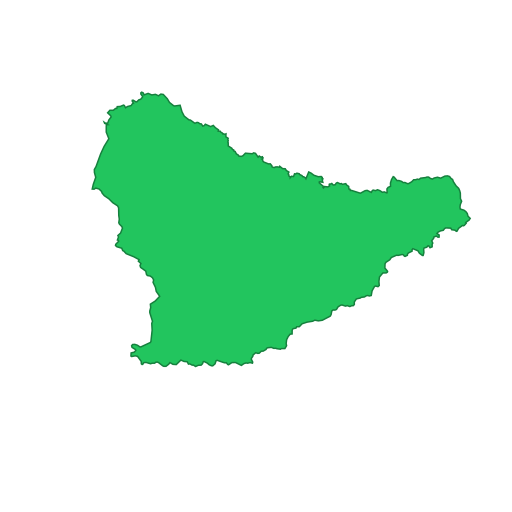 Gile, Zambezia, Mozambique (Natural Earth projection), rotated 110°
{"feature_id": "85939544B5310870224650", "entity_name": "Gile", "entity_type": "district", "adm_level": 2, "iso_a3": "MOZ", "parent_name": "Mozambique", "parent_adm1": "Zambezia", "projection": "natural_earth1", "projection_center": [38.293, -15.881], "detail": "fine", "context": "isolated", "style": "filled", "palette": "green", "viewbox_px": 512, "rotation_deg": 110, "n_neighbors": 0, "source": "geoboundaries", "source_scale": "gbopen_adm2", "svg_char_len": 6107}
<svg xmlns="http://www.w3.org/2000/svg" viewBox="0 0 512 512"><g transform="rotate(110 256 256)"><path d="M140.3,378.9L142.9,383.8L142.9,385.0L141.3,389.8L138.6,393.1L135.9,398.4L136.4,400.8L138.8,402.4L138.5,405.8L140.3,409.0L140.1,413.0L142.9,416.3L141.4,417.6L141.1,419.4L142.0,420.0L143.2,419.6L144.9,417.1L145.6,417.0L148.2,418.0L149.3,419.5L151.9,420.7L152.2,421.6L151.6,424.8L152.0,425.5L152.7,425.4L154.3,423.4L155.1,424.2L157.3,424.7L159.5,427.9L161.3,429.3L159.6,431.2L159.5,432.1L161.9,434.7L163.1,437.5L165.0,437.3L165.4,438.5L167.9,439.9L169.0,443.1L172.2,444.4L173.9,440.5L174.9,439.7L178.5,440.8L181.9,440.8L182.7,442.9L182.3,444.3L183.1,443.6L183.4,440.5L183.8,441.3L184.7,441.3L190.8,439.1L196.1,434.4L205.0,436.2L213.3,436.9L226.7,436.9L230.0,437.5L232.8,436.4L236.9,433.5L244.2,433.4L249.1,432.8L248.6,431.0L247.0,429.8L246.7,426.5L248.1,423.3L249.6,422.0L251.2,419.2L252.6,413.7L254.9,408.8L256.2,403.2L257.7,401.6L264.9,398.8L268.1,397.1L271.7,396.3L272.7,395.3L274.3,392.0L275.6,391.0L280.8,391.1L284.0,392.8L285.1,391.7L288.4,391.7L288.4,390.6L289.2,390.1L293.0,391.8L294.2,391.6L294.9,389.9L294.6,384.8L296.5,383.1L296.6,381.9L298.2,378.8L298.5,370.6L299.4,364.6L301.1,364.8L302.4,361.6L304.7,361.7L306.2,360.5L307.9,354.4L310.8,352.6L311.5,351.4L311.0,348.5L311.8,345.9L313.5,344.0L316.0,343.7L319.8,339.8L323.4,337.6L326.8,332.7L332.8,335.3L337.4,338.8L340.5,337.3L344.0,337.0L345.6,336.4L352.8,330.9L355.0,330.9L361.3,328.2L372.3,325.5L373.4,325.7L380.8,333.1L381.1,334.1L380.4,336.9L380.5,339.7L381.4,341.7L382.9,342.2L384.3,341.2L385.1,337.4L385.7,336.6L387.9,337.4L389.8,340.2L392.8,339.3L393.0,338.5L391.1,335.3L390.8,333.0L394.3,327.8L396.5,326.9L396.9,326.0L396.6,325.4L394.9,325.1L394.3,324.4L393.6,322.8L393.3,318.2L392.2,316.8L391.4,314.6L390.1,313.8L389.4,312.4L389.5,311.1L391.1,306.1L391.2,304.9L390.5,302.9L387.5,301.0L385.6,300.4L386.2,297.0L385.3,293.8L379.5,291.0L379.7,287.5L378.9,284.5L380.7,282.5L380.0,281.2L380.4,278.7L379.9,277.5L380.5,275.0L378.4,272.8L377.3,270.2L375.5,269.4L373.3,269.4L372.9,268.8L373.3,265.1L374.2,262.9L374.4,260.4L374.0,259.1L371.3,257.6L368.0,257.7L367.3,256.8L367.2,250.3L367.0,248.5L366.4,247.4L367.6,245.5L367.6,244.6L364.4,242.2L363.1,238.8L363.8,232.3L361.3,230.6L359.9,228.8L359.6,227.2L358.2,225.2L357.9,222.7L356.8,222.8L354.6,225.1L353.5,225.3L351.6,224.7L350.0,224.9L347.0,223.2L346.9,221.0L346.2,219.7L343.7,218.5L342.9,216.7L340.4,214.6L339.3,214.5L338.3,213.8L336.6,210.3L336.7,207.7L335.9,205.7L336.0,204.8L335.2,201.1L334.4,200.6L333.1,197.2L329.8,196.6L328.0,197.7L324.2,198.6L320.6,198.2L317.8,197.2L316.9,195.4L313.5,196.6L312.2,196.6L311.4,196.0L310.1,193.8L308.6,193.6L307.6,191.1L303.9,189.5L300.7,185.4L297.9,180.4L296.2,178.8L295.6,175.2L293.7,171.7L287.0,165.6L285.2,165.4L281.7,166.0L280.3,165.0L279.8,163.3L278.7,162.1L275.7,161.5L273.3,159.6L272.6,158.4L272.5,154.8L271.4,153.2L271.4,150.5L269.9,149.0L269.5,147.7L268.0,147.0L265.6,147.9L262.0,147.0L259.8,143.6L258.8,142.9L257.4,140.1L255.6,138.7L254.9,137.5L254.8,135.8L253.7,134.2L249.0,135.0L244.1,134.2L243.3,133.3L243.1,130.9L241.6,130.1L237.8,131.8L233.5,132.8L228.6,131.0L227.3,127.8L226.2,127.0L225.4,127.1L223.2,130.8L219.1,132.1L217.4,131.7L213.8,129.0L211.1,128.3L207.2,124.2L206.8,122.6L204.6,119.2L204.5,117.9L205.4,116.5L205.4,115.8L203.6,114.0L202.3,114.3L201.0,113.8L198.1,111.0L196.6,111.5L195.5,111.1L195.7,105.6L197.5,103.4L198.6,99.8L198.3,99.1L195.4,99.4L192.2,100.8L191.0,100.8L189.4,98.6L187.5,97.8L187.4,97.1L188.7,95.3L187.1,93.6L184.7,94.5L183.4,94.3L181.6,96.1L178.6,95.1L177.3,95.3L175.6,93.4L176.1,91.4L175.6,90.4L173.6,91.1L173.0,93.7L171.2,93.0L169.3,91.2L167.8,88.8L165.8,88.2L164.7,87.3L163.2,82.5L164.4,81.1L163.7,77.9L164.3,76.2L163.9,75.6L160.7,75.1L156.7,72.4L156.6,71.3L155.9,70.7L153.3,69.7L152.8,70.4L149.3,68.0L147.4,67.6L146.1,70.4L143.8,72.0L142.5,74.0L141.8,76.3L142.0,80.1L140.3,81.1L137.9,81.6L134.2,81.5L132.2,83.5L127.0,85.5L125.0,86.9L123.1,88.7L121.7,91.9L118.7,95.9L116.8,97.5L116.5,99.1L115.1,101.3L115.2,103.4L116.3,105.8L119.7,109.1L119.9,112.4L121.8,115.3L123.4,116.6L123.4,118.9L122.8,120.7L123.3,122.3L124.3,123.5L126.6,128.0L128.3,128.9L128.6,130.8L129.6,131.8L130.4,133.9L132.9,135.0L135.7,137.3L136.2,138.4L136.0,141.2L136.7,142.9L136.1,144.6L136.2,147.4L136.9,149.3L134.6,153.2L134.5,154.2L137.8,154.8L141.5,154.6L144.5,153.4L146.3,155.3L148.2,155.9L151.7,154.4L152.0,154.8L151.9,157.4L152.9,159.0L152.2,162.0L152.2,164.5L153.7,166.0L154.0,168.5L154.9,169.1L156.8,169.4L156.3,174.0L157.3,175.8L161.3,179.4L161.7,188.8L162.2,189.7L161.1,190.5L161.2,191.7L158.9,192.7L158.3,195.1L157.3,196.4L159.1,199.3L158.7,200.6L159.4,201.6L159.1,204.6L160.0,205.5L162.0,206.0L162.9,207.7L161.9,209.6L163.2,210.9L163.3,211.6L164.1,211.6L165.0,210.8L166.5,212.1L167.4,215.9L167.8,215.4L169.0,215.9L168.8,216.4L168.1,216.2L167.4,216.9L165.7,221.5L164.8,221.9L164.4,221.5L163.9,218.4L162.6,219.4L160.6,219.6L160.8,220.3L159.5,220.6L159.0,221.9L160.2,224.6L160.3,229.3L159.3,232.4L159.0,235.2L166.3,235.5L165.7,236.2L165.2,238.3L165.5,239.0L164.7,240.4L164.5,242.9L163.9,243.5L164.2,245.9L165.5,247.0L165.6,247.9L168.5,247.9L168.9,249.9L170.7,250.6L169.9,250.9L169.5,252.6L168.4,253.0L167.9,253.9L165.9,253.8L165.3,256.7L164.0,258.4L164.8,260.8L163.6,264.3L164.5,264.2L165.0,266.6L165.8,268.4L166.5,268.8L166.9,270.3L166.7,271.5L165.7,272.0L164.5,274.1L165.2,275.8L165.0,281.0L164.5,282.0L163.0,282.9L162.9,283.6L162.3,282.9L161.3,283.0L161.2,283.8L160.6,284.0L161.4,285.2L160.9,287.2L162.4,287.8L159.7,291.6L159.9,293.5L161.2,294.5L163.0,301.1L166.3,302.6L167.4,303.8L168.0,306.2L167.1,307.4L166.8,309.3L164.9,311.4L164.9,312.7L164.0,313.2L163.9,314.6L163.0,315.6L162.1,319.7L159.0,320.9L158.6,321.5L157.2,321.5L155.9,322.4L154.9,322.4L154.3,325.1L151.5,326.0L152.3,326.9L152.3,328.2L152.7,328.7L152.0,329.5L151.6,331.6L151.0,332.3L151.6,334.2L150.3,334.4L149.3,338.1L147.9,340.8L149.9,342.9L149.5,348.7L151.1,349.2L152.2,350.4L150.6,352.5L150.9,354.1L150.4,355.7L150.6,357.1L152.2,358.8L150.7,364.2L151.0,365.7L149.1,371.3L145.8,374.9L140.3,378.9Z" fill="#22c55e" stroke="#15803d" stroke-width="1.5"/></g></svg>